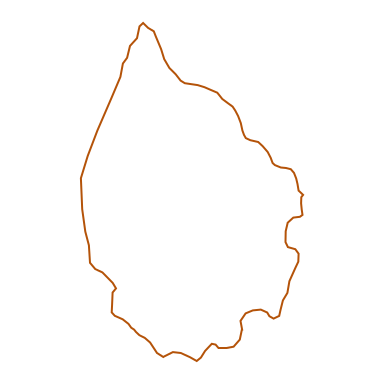 the district of Vindeln, Västerbotten, Sweden
{"feature_id": "70781695B31589151940817", "entity_name": "Vindeln", "entity_type": "district", "adm_level": 2, "iso_a3": "SWE", "parent_name": "Sweden", "parent_adm1": "Västerbotten", "projection": "orthographic", "projection_center": [19.601, 64.412], "detail": "fine", "context": "isolated", "style": "outline", "palette": "amber", "viewbox_px": 384, "rotation_deg": 0, "n_neighbors": 0, "source": "geoboundaries", "source_scale": "gbopen_adm2", "svg_char_len": 1452}
<svg xmlns="http://www.w3.org/2000/svg" viewBox="0 0 384 384"><path d="M111.7,312.4L114.8,315.8L122.7,319.3L128.5,323.9L131.2,327.7L134.1,329.6L136.0,332.0L139.4,335.2L144.8,337.9L150.1,342.5L157.0,353.0L163.3,357.0L163.7,356.7L172.9,352.1L180.8,353.0L190.0,357.2L196.7,361.0L200.9,357.6L205.1,350.9L211.8,343.8L215.6,344.6L218.5,348.0L226.5,348.0L233.6,346.7L239.8,339.6L241.9,329.5L242.1,329.5L240.5,320.9L245.6,313.4L252.8,310.4L260.8,309.6L267.2,312.5L269.4,316.2L273.6,318.6L279.2,315.9L280.5,310.0L282.9,300.4L287.4,292.9L289.4,281.2L295.5,267.6L298.3,261.7L298.6,253.7L295.3,249.2L287.9,247.1L285.5,242.1L285.7,231.2L287.7,222.7L293.3,217.6L299.9,216.8L302.5,214.9L301.7,209.4L301.1,203.3L301.3,197.2L303.1,194.9L298.6,190.6L297.5,184.0L296.2,178.5L294.0,172.9L290.8,169.2L286.0,168.0L280.8,167.5L274.9,165.1L272.6,163.0L270.7,157.8L267.7,152.0L262.7,146.2L258.2,142.0L250.3,140.2L245.8,138.1L244.0,134.9L242.4,130.5L240.8,123.1L238.1,116.0L235.2,110.5L232.6,106.6L227.8,103.1L222.3,99.0L217.3,92.7L210.5,89.8L204.5,87.2L197.7,85.1L184.8,83.2L180.6,80.6L175.7,74.3L169.4,68.0L164.2,59.1L161.1,49.1L156.7,38.6L155.7,36.2L153.8,31.3L148.1,27.9L143.1,23.0L139.5,26.4L137.0,38.2L130.0,45.9L127.1,57.8L122.9,63.5L120.4,76.9L111.2,98.6L97.4,130.5L87.7,156.0L80.9,178.2L82.2,209.2L85.3,231.6L88.9,245.3L90.0,262.8L95.3,269.1L102.4,272.4L112.7,282.9L116.0,288.4L112.6,292.5L112.1,304.6L111.7,312.4Z" fill="none" stroke="#b45309" stroke-width="2"/></svg>